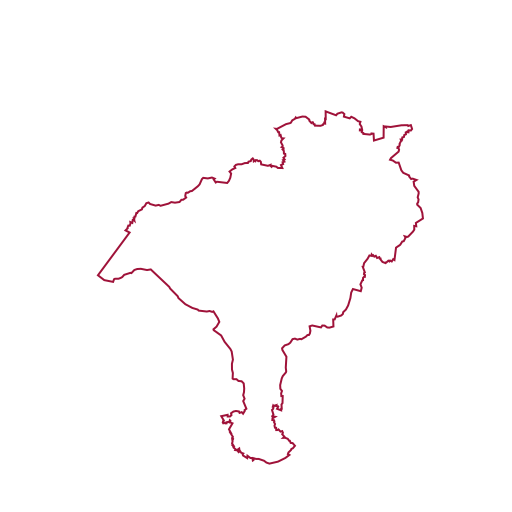 the district of Atlapexco, Hidalgo, Mexico, rotated 26°
{"feature_id": "50627088B28473489349448", "entity_name": "Atlapexco", "entity_type": "district", "adm_level": 2, "iso_a3": "MEX", "parent_name": "Mexico", "parent_adm1": "Hidalgo", "projection": "albers", "projection_center": [-98.36, 21.021], "detail": "fine", "context": "isolated", "style": "outline", "palette": "rose", "viewbox_px": 512, "rotation_deg": 26, "n_neighbors": 0, "source": "geoboundaries", "source_scale": "gbopen_adm2", "svg_char_len": 6106}
<svg xmlns="http://www.w3.org/2000/svg" viewBox="0 0 512 512"><g transform="rotate(26 256 256)"><path d="M362.9,117.8L361.7,118.8L358.8,117.4L358.3,116.5L351.9,116.7L349.1,115.3L343.3,109.5L340.9,110.8L337.1,110.2L334.3,110.7L334.4,108.8L338.4,99.7L338.0,97.7L336.9,96.7L335.7,96.9L335.5,95.8L336.6,95.0L336.5,93.1L335.9,92.5L335.9,89.3L336.3,88.6L335.0,88.2L336.1,88.1L335.2,87.7L336.2,87.0L335.5,85.3L336.8,84.1L336.2,82.3L337.4,80.9L336.4,79.3L337.3,77.9L337.8,78.4L338.8,78.0L338.1,76.1L340.2,75.3L340.6,73.4L337.8,70.5L335.8,72.4L335.0,71.9L329.5,74.7L320.5,81.0L315.7,82.8L316.2,83.4L313.9,83.4L318.8,93.7L311.4,100.5L308.0,94.5L306.2,95.2L306.4,95.6L305.2,96.9L299.0,99.2L298.6,98.4L296.8,98.4L296.3,96.7L294.3,97.6L293.9,96.7L295.9,95.8L294.0,93.4L291.4,91.9L291.0,89.6L288.7,90.1L284.2,89.1L280.6,89.1L279.9,91.2L273.9,92.2L273.2,89.7L271.0,89.1L269.9,89.4L266.8,92.4L266.3,94.4L255.2,95.5L258.6,102.3L257.9,102.4L260.0,106.5L259.0,106.5L259.3,107.2L258.5,108.2L258.7,108.9L256.9,110.7L251.8,113.0L250.9,111.9L250.0,112.3L248.6,110.9L248.1,111.0L247.5,112.2L244.6,111.0L244.0,110.0L239.5,109.1L236.6,110.3L231.7,114.5L231.0,114.1L230.8,115.7L229.1,118.2L228.9,120.9L228.4,121.6L225.2,124.3L219.1,132.6L218.0,133.0L219.9,133.6L221.7,135.0L222.5,134.6L224.3,137.4L225.1,136.5L226.8,138.5L227.8,138.8L229.1,138.3L228.2,141.0L228.6,142.9L231.5,145.0L231.9,145.9L231.4,146.9L233.5,146.9L233.9,147.8L233.3,148.6L234.9,149.3L236.2,151.7L237.5,151.4L238.6,153.2L237.6,155.7L239.4,156.7L238.3,157.9L240.1,158.8L238.8,160.1L240.1,161.5L238.6,163.3L241.1,165.4L237.0,167.3L235.2,166.8L230.9,167.9L230.9,169.0L229.2,168.6L229.0,167.8L227.2,169.7L220.5,171.4L219.0,169.2L217.6,168.7L216.5,169.8L214.9,169.4L213.7,170.0L213.8,170.7L213.4,170.5L212.5,171.9L211.5,170.3L210.3,169.7L209.5,171.4L209.7,173.0L207.9,174.5L208.0,175.9L205.2,177.4L202.9,179.8L199.7,181.4L198.0,182.9L197.3,185.0L198.8,186.0L196.7,188.6L195.2,191.7L197.5,192.8L198.6,197.0L198.7,200.4L198.1,203.0L188.3,206.4L187.6,207.6L184.4,205.7L184.9,204.6L182.0,204.8L178.7,207.4L174.3,208.9L173.7,210.6L173.9,216.4L173.2,218.7L169.9,225.7L168.5,226.6L167.0,229.1L166.1,229.2L165.3,230.2L166.1,233.1L167.6,234.1L165.8,237.4L164.3,238.2L163.6,241.0L159.8,243.6L156.2,244.7L154.4,247.3L148.2,252.7L146.2,252.7L143.7,254.7L138.0,255.7L136.0,255.0L134.3,256.6L134.1,259.9L132.7,262.3L133.0,264.1L130.5,267.4L130.4,269.5L129.6,269.8L130.3,273.4L129.5,273.9L130.2,275.5L129.6,275.7L131.1,277.5L130.1,277.2L129.4,277.6L130.3,280.5L128.2,280.6L128.9,281.7L129.2,284.1L127.9,284.6L128.1,286.9L128.5,287.3L127.5,290.2L132.1,290.3L122.4,342.6L130.2,344.2L138.9,341.9L138.6,339.1L139.2,338.3L142.4,336.7L144.0,335.0L145.0,333.6L145.8,330.7L150.5,326.2L151.5,326.0L152.8,321.9L154.9,319.8L158.1,318.0L164.2,316.4L167.3,314.2L191.6,321.8L193.1,322.9L203.3,326.5L204.7,327.8L213.6,330.3L221.5,330.6L227.1,329.7L228.4,330.2L236.1,327.5L238.4,325.8L241.2,325.4L242.0,324.4L249.1,328.8L251.9,331.3L251.5,336.8L249.9,340.5L250.5,341.2L259.5,342.7L265.4,346.9L273.7,350.8L276.0,352.5L280.7,359.3L281.6,363.4L284.2,368.6L286.5,371.3L288.7,376.4L289.7,376.6L292.5,375.3L295.0,376.0L298.0,374.9L300.8,375.9L303.5,380.3L304.9,383.7L305.5,386.7L308.3,389.3L308.1,392.0L314.3,397.5L313.3,399.5L313.8,400.2L313.5,403.4L311.6,402.6L310.0,404.2L308.8,403.2L305.9,404.1L303.9,405.7L302.5,408.3L303.7,409.8L303.0,411.6L300.9,412.7L300.1,411.2L295.0,415.2L299.1,417.9L298.8,418.4L299.1,420.2L299.9,420.7L301.0,419.4L301.8,419.9L302.9,419.3L302.6,418.2L303.7,417.3L304.9,417.2L304.5,415.1L305.2,415.3L305.6,416.9L308.2,416.7L307.7,423.6L311.0,426.0L310.5,426.2L314.5,428.7L314.4,429.7L315.6,430.4L315.7,431.7L315.3,431.6L316.3,433.1L316.6,434.9L318.6,436.1L318.1,436.5L319.6,437.0L319.3,437.5L319.8,438.0L322.6,438.7L322.5,439.5L323.8,439.1L325.3,436.4L326.2,437.7L325.2,439.3L326.4,439.9L327.2,438.3L328.9,439.3L331.1,439.1L330.9,440.0L331.8,441.0L336.7,441.5L335.9,439.3L339.5,440.0L341.3,439.1L342.8,441.2L343.2,440.6L343.0,438.7L344.9,438.4L347.4,437.2L353.0,436.5L355.9,437.1L359.1,436.7L365.9,431.2L370.9,424.7L373.2,420.2L371.5,420.1L371.3,418.3L372.5,415.1L372.4,413.9L373.4,412.7L374.2,409.5L370.9,408.1L369.1,408.8L367.5,407.3L367.0,407.6L364.7,406.4L361.9,406.6L360.2,407.5L360.8,406.0L357.7,404.7L357.7,403.1L356.3,401.9L355.0,403.1L352.2,402.0L351.5,403.1L350.5,403.6L349.4,401.6L348.3,402.0L347.0,400.4L346.8,398.7L345.0,397.4L345.0,396.5L344.1,395.7L342.6,396.3L342.0,394.7L343.7,392.1L342.9,392.3L342.0,393.6L340.8,392.9L341.2,390.9L337.9,387.4L338.4,385.8L337.9,383.9L337.2,384.1L337.0,382.8L337.5,383.0L339.5,381.2L339.5,382.1L341.6,381.4L342.0,381.6L341.9,384.1L346.3,383.7L345.6,382.3L346.1,382.0L344.0,378.3L344.3,376.6L341.4,370.2L340.2,370.8L338.8,368.4L338.5,365.9L336.1,364.7L334.3,361.4L332.8,354.7L332.7,352.2L333.9,347.5L333.7,346.4L331.7,343.3L327.5,333.2L320.9,328.9L319.9,327.5L321.0,323.8L323.8,321.0L324.8,318.9L325.3,314.7L327.2,313.2L329.8,313.0L331.9,311.2L333.3,310.9L336.2,306.6L336.9,304.5L338.2,303.8L338.4,302.1L337.7,299.4L335.0,295.7L337.0,293.8L345.7,291.7L346.1,289.4L348.2,288.5L351.4,289.0L353.4,288.2L356.5,285.4L353.2,279.2L354.5,278.5L354.3,274.2L354.8,275.0L355.9,274.8L358.7,272.1L359.5,270.0L359.0,268.3L360.3,264.7L360.5,260.1L359.3,252.5L357.6,247.1L357.6,243.2L365.6,241.7L364.9,238.2L362.3,235.7L362.2,231.3L362.8,230.8L361.8,228.8L362.3,227.1L362.9,227.0L362.6,226.0L362.3,225.3L361.0,225.0L360.6,223.6L361.0,223.0L356.9,219.1L357.2,219.0L356.3,215.0L357.5,209.6L357.7,205.8L361.1,204.9L359.6,204.6L359.4,204.0L360.5,204.5L360.9,203.9L362.6,204.7L363.6,203.3L365.7,204.7L367.3,203.0L368.3,204.1L369.0,203.7L369.8,204.7L372.3,205.9L375.5,205.6L375.5,204.9L376.0,204.7L377.0,202.2L378.3,202.4L378.5,201.3L380.4,201.4L380.7,198.7L382.2,198.9L378.2,187.1L380.7,182.7L381.1,178.9L382.3,177.9L382.4,174.1L381.1,173.1L383.4,172.7L384.3,171.8L386.4,165.2L386.7,162.9L385.0,159.6L387.0,159.0L385.2,156.2L389.6,149.1L386.6,144.4L382.9,140.7L378.4,139.2L377.9,138.2L378.2,136.7L377.3,133.9L375.6,132.4L374.8,128.5L374.0,127.0L367.5,123.6L365.1,120.1L366.9,117.3L362.9,117.8Z" fill="none" stroke="#9f1239" stroke-width="2"/></g></svg>